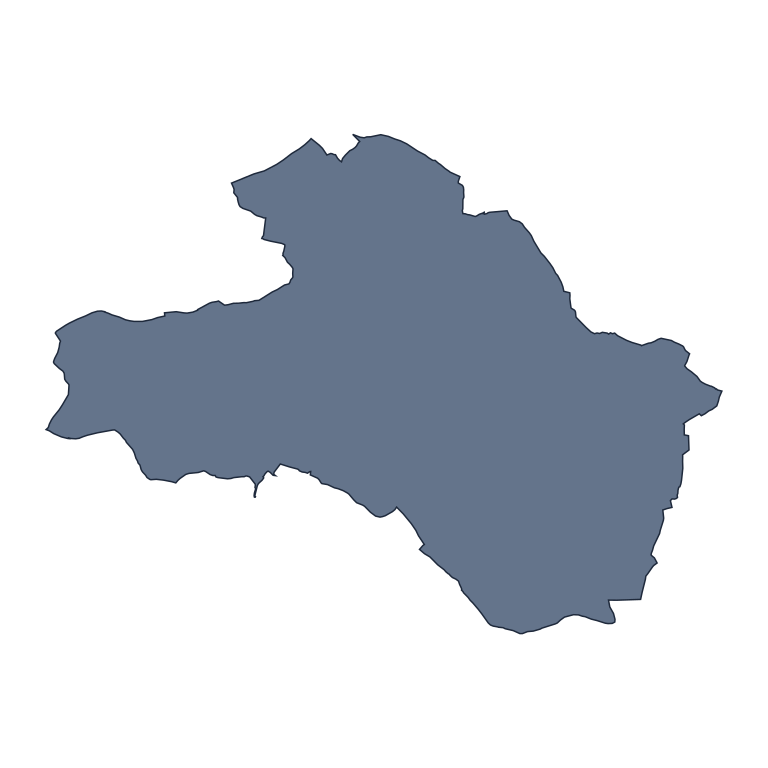 Frata, Cluj, Romania (orthographic projection)
{"feature_id": "2599482B89853314027288", "entity_name": "Frata", "entity_type": "district", "adm_level": 2, "iso_a3": "ROU", "parent_name": "Romania", "parent_adm1": "Cluj", "projection": "orthographic", "projection_center": [24.028, 46.701], "detail": "fine", "context": "isolated", "style": "filled", "palette": "slate", "viewbox_px": 768, "rotation_deg": 0, "n_neighbors": 0, "source": "geoboundaries", "source_scale": "gbopen_adm2", "svg_char_len": 6074}
<svg xmlns="http://www.w3.org/2000/svg" viewBox="0 0 768 768"><path d="M640.6,599.4L642.1,592.4L645.4,579.3L645.8,576.2L647.9,573.5L652.5,566.9L653.7,565.5L657.1,563.0L654.4,557.9L652.0,555.9L651.2,555.1L651.1,554.7L651.4,553.1L652.5,550.3L653.7,545.9L659.6,533.5L660.3,530.2L663.4,520.3L663.7,518.1L662.8,510.0L666.9,508.6L672.0,507.4L670.4,500.6L672.1,498.9L674.6,499.1L676.3,498.5L677.5,497.5L677.2,495.0L677.8,493.5L678.0,490.3L678.4,488.6L678.8,487.2L679.9,486.7L680.9,483.8L681.5,480.4L682.8,468.3L682.6,461.3L682.7,456.7L682.6,454.8L689.0,450.0L688.5,435.7L684.3,434.9L684.2,429.5L684.4,425.0L683.3,423.9L685.0,422.5L689.3,419.6L699.3,413.8L701.3,415.7L705.1,413.7L708.8,410.9L712.1,409.4L716.8,405.9L718.4,401.1L719.3,397.1L721.9,391.1L717.4,389.9L716.5,388.9L715.6,389.0L714.7,387.9L711.3,386.2L710.7,386.2L705.5,384.2L702.1,382.4L700.3,381.1L697.0,376.5L691.4,371.8L687.1,368.8L684.7,366.0L684.7,365.6L686.9,361.6L689.0,355.1L689.6,353.8L685.6,350.6L684.8,349.4L683.6,346.9L682.7,346.0L678.8,344.0L674.4,342.2L671.4,340.5L661.1,338.3L657.9,339.4L654.9,341.2L651.1,342.8L648.4,343.2L641.4,345.7L640.9,345.1L632.1,342.5L626.5,340.3L617.6,335.7L614.7,333.1L612.4,333.7L610.5,332.8L608.6,334.1L607.2,333.1L602.3,332.3L599.7,333.5L597.0,333.0L594.5,333.7L590.9,331.9L586.1,327.5L576.2,317.4L575.9,316.4L575.5,312.1L575.1,311.0L574.4,310.1L571.5,308.4L571.0,307.8L569.8,298.8L570.0,295.3L569.8,292.8L563.8,291.3L562.9,286.9L561.2,282.2L557.6,275.4L555.7,273.4L552.9,267.8L550.0,263.6L544.3,256.3L540.9,252.9L533.9,241.3L531.3,235.6L529.4,232.9L524.4,227.2L522.3,223.9L519.4,221.7L513.9,220.1L511.8,219.1L509.1,215.4L507.1,210.8L489.7,212.3L488.1,212.7L487.1,213.5L484.4,214.2L483.8,213.7L483.1,213.6L484.3,212.6L484.2,212.2L483.0,213.0L479.3,214.3L476.6,216.0L475.2,216.5L469.8,214.9L467.5,214.6L465.3,213.8L462.9,213.6L462.3,210.6L462.8,208.8L462.9,199.5L463.8,197.5L463.9,196.6L463.6,192.6L463.7,189.7L463.4,187.2L462.4,185.4L458.3,183.0L458.3,181.3L459.9,176.6L450.0,172.1L449.4,171.5L445.0,168.5L440.5,164.6L438.6,163.4L435.1,160.4L432.8,160.4L428.5,157.7L425.1,155.0L417.5,151.0L406.8,143.9L400.4,140.8L394.8,139.0L388.4,136.4L380.8,134.7L370.6,136.8L366.8,136.9L364.2,137.8L360.1,137.2L352.7,134.4L359.7,141.5L358.3,142.9L356.5,146.0L355.0,147.6L352.6,149.3L349.8,150.7L345.3,155.2L342.6,158.5L341.5,161.8L339.6,160.5L337.5,158.2L335.5,154.7L334.0,154.6L332.0,153.7L330.7,153.5L326.9,155.0L322.5,148.4L319.4,145.3L311.1,138.6L309.2,140.7L304.8,144.7L299.3,148.9L291.6,153.6L283.3,160.0L276.7,164.4L264.3,170.9L254.0,173.9L231.5,183.1L233.5,187.6L234.1,189.5L233.8,192.8L237.4,197.3L237.7,198.1L237.5,198.8L238.2,202.0L239.0,204.7L240.1,206.6L242.9,208.4L250.7,211.1L254.5,214.3L256.9,215.7L261.5,217.0L263.6,217.9L265.7,218.0L263.5,235.6L262.4,236.9L261.8,238.5L262.8,238.7L264.1,239.5L270.7,241.2L281.7,243.4L284.7,244.7L284.9,246.0L283.8,251.1L283.0,253.3L283.1,254.8L282.7,255.4L285.0,257.6L287.5,262.3L289.7,264.3L292.2,267.3L292.8,268.3L293.0,269.0L292.7,273.5L292.9,276.9L292.6,277.7L290.7,280.0L289.9,282.4L288.9,283.9L284.5,285.0L277.3,289.6L272.2,292.0L259.0,300.3L254.5,300.7L253.1,301.3L246.3,302.7L243.9,302.6L238.6,303.2L233.4,303.3L228.2,304.7L224.6,305.2L218.5,301.0L216.5,301.6L212.0,302.3L209.4,303.2L197.6,309.6L197.7,310.2L192.9,312.1L187.1,313.1L184.0,312.9L176.2,311.7L164.5,312.8L164.8,316.0L157.5,317.6L151.9,319.6L142.5,321.4L134.0,321.4L129.8,320.8L125.5,319.8L119.4,317.1L112.0,314.9L108.5,313.3L104.7,312.0L104.8,311.7L101.4,311.0L97.4,311.2L92.0,312.8L85.6,315.9L77.6,319.1L69.4,323.1L65.7,325.2L56.7,331.1L55.5,332.5L55.4,333.3L60.5,341.1L59.7,343.3L59.2,347.1L57.7,352.6L54.7,358.4L53.6,361.5L53.6,362.5L54.3,363.7L59.4,368.5L62.9,371.1L64.0,372.9L64.3,374.1L64.7,379.2L65.9,381.2L68.5,384.0L69.0,385.0L68.4,394.6L62.3,405.0L59.1,409.9L53.5,416.8L51.5,419.8L49.4,424.0L48.3,427.5L46.1,429.6L49.3,430.8L53.7,433.6L61.4,436.9L67.8,438.5L68.8,438.6L68.2,438.0L68.4,437.8L70.8,438.5L75.7,438.8L79.1,438.3L83.0,436.7L87.5,435.2L97.4,432.8L112.3,430.1L114.6,429.9L118.0,432.1L120.2,434.0L123.4,438.2L125.4,440.2L126.5,442.5L132.6,449.4L134.3,452.9L136.0,458.4L137.5,461.0L138.1,463.0L140.0,465.2L141.1,469.4L141.8,470.8L142.7,472.1L145.6,475.2L147.0,477.5L149.8,479.4L150.9,479.7L156.3,479.3L163.4,480.1L171.7,481.7L175.8,482.9L177.9,480.4L180.1,478.4L185.8,474.4L189.0,473.4L198.2,472.5L203.8,470.8L205.6,471.5L210.2,474.6L212.8,475.5L215.2,475.5L216.0,477.0L218.0,477.6L227.5,478.8L230.9,478.5L233.8,477.6L242.0,476.7L244.2,476.7L245.8,476.0L246.8,476.0L249.6,476.9L255.2,484.1L255.3,485.3L255.0,487.5L255.5,488.3L255.5,489.3L254.4,493.0L254.1,495.5L254.3,497.0L254.6,497.2L255.2,497.2L255.5,496.6L255.0,496.1L254.9,495.4L257.3,485.7L258.1,484.1L259.2,482.8L261.9,480.4L263.5,478.3L263.7,477.8L263.0,476.7L263.8,476.0L265.0,473.9L266.8,471.9L267.7,471.3L268.2,471.2L270.1,472.3L273.1,475.3L275.4,475.6L273.7,474.3L274.1,472.2L280.3,464.0L289.4,466.9L297.7,469.1L298.6,469.7L299.4,470.8L302.1,472.0L305.2,472.4L307.5,473.2L309.8,471.6L310.7,471.5L310.3,474.9L317.6,478.2L319.1,479.7L321.1,482.9L321.9,483.6L327.6,484.6L334.4,487.8L338.1,488.7L343.3,490.7L347.6,493.1L349.0,494.2L353.8,499.9L356.6,502.7L362.7,505.1L364.6,506.3L370.4,512.2L375.6,516.1L380.0,517.1L382.6,516.6L385.3,515.7L392.5,511.6L394.9,509.6L396.6,507.1L403.2,513.8L411.4,523.8L415.9,530.4L418.5,535.8L424.3,544.5L422.9,545.5L419.5,549.4L424.5,553.7L429.9,556.9L437.7,564.8L444.2,569.8L445.9,571.8L448.3,573.8L449.2,574.2L450.2,575.5L452.4,577.5L455.8,579.1L458.5,581.1L459.6,584.4L461.4,588.2L461.7,589.3L461.5,590.1L463.0,591.6L463.5,592.7L468.2,597.5L470.2,600.3L472.9,603.0L478.1,609.1L481.9,614.0L488.3,623.0L490.5,625.0L493.2,626.1L497.7,626.9L498.3,627.2L503.2,627.7L505.1,628.7L513.2,630.6L519.9,633.6L522.4,633.6L527.5,631.6L533.3,631.1L540.2,629.1L542.0,628.1L555.3,623.9L557.3,623.0L560.5,620.0L564.5,617.1L573.5,614.7L578.5,614.9L582.3,616.2L585.2,616.7L591.2,619.1L597.1,620.6L605.3,623.2L608.1,623.6L612.3,623.4L614.8,622.0L615.0,619.3L613.5,613.5L609.8,606.9L608.5,600.1L616.8,600.2L640.6,599.4Z" fill="#64748b" stroke="#1e293b" stroke-width="1.5"/></svg>